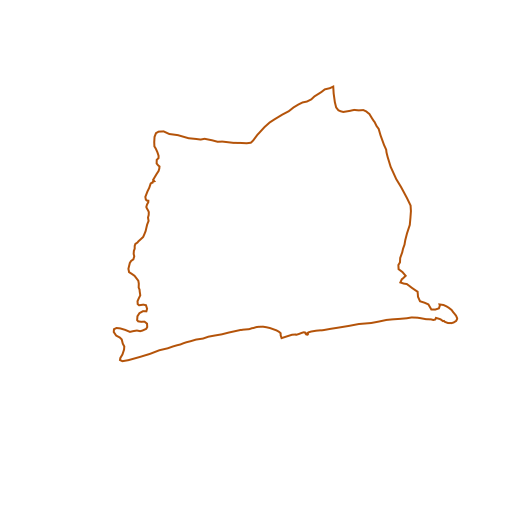 Garraway, Grand Kru, Liberia (Natural Earth projection), rotated 330°
{"feature_id": "62588387B63754413826366", "entity_name": "Garraway", "entity_type": "district", "adm_level": 2, "iso_a3": "LBR", "parent_name": "Liberia", "parent_adm1": "Grand Kru", "projection": "natural_earth1", "projection_center": [-7.918, 4.551], "detail": "fine", "context": "isolated", "style": "outline", "palette": "amber", "viewbox_px": 512, "rotation_deg": 330, "n_neighbors": 0, "source": "geoboundaries", "source_scale": "gbopen_adm2", "svg_char_len": 3870}
<svg xmlns="http://www.w3.org/2000/svg" viewBox="0 0 512 512"><g transform="rotate(330 256 256)"><path d="M222.5,116.8L221.7,120.6L220.5,122.5L218.1,123.1L216.2,126.2L216.6,128.7L217.2,130.2L216.0,131.9L214.1,133.7L210.9,135.3L205.0,138.6L205.3,140.4L204.0,140.0L203.0,140.8L202.2,140.4L201.0,140.6L197.6,143.6L194.3,145.8L191.2,148.3L189.7,149.5L188.8,152.1L189.2,153.4L190.4,154.3L189.6,155.6L187.4,156.9L185.5,158.7L185.3,160.2L185.3,162.8L185.1,164.4L183.6,166.8L181.7,168.7L180.5,171.9L177.5,174.3L175.7,176.2L172.9,179.2L170.1,181.4L167.8,183.1L163.4,184.1L161.5,184.5L160.0,185.1L157.6,185.2L156.0,186.6L154.6,189.0L152.8,190.5L151.1,193.0L150.4,195.4L148.1,197.6L145.5,197.8L143.3,198.9L140.9,201.4L139.1,203.3L138.0,206.5L139.5,209.4L140.9,212.4L141.3,215.4L141.7,218.6L140.7,221.3L138.6,224.7L138.3,227.0L137.7,228.2L136.1,232.2L133.4,234.0L130.8,235.9L129.5,238.5L130.1,240.2L134.1,241.8L136.1,243.6L135.3,247.2L133.4,249.1L130.6,247.3L126.5,247.2L123.2,248.9L121.0,252.1L121.3,253.7L123.7,255.6L126.6,257.1L127.8,260.1L126.3,263.1L124.5,264.2L120.4,263.8L118.1,263.2L115.6,261.0L112.2,259.7L108.9,258.7L105.7,254.5L102.2,250.8L99.2,248.6L96.4,248.4L94.8,250.7L95.1,255.0L97.3,258.5L98.0,261.1L96.8,265.3L96.7,268.5L94.9,271.1L91.1,274.5L87.5,276.5L86.2,278.1L87.7,280.3L93.4,282.4L104.7,285.3L115.5,287.8L125.2,289.3L133.4,291.8L138.8,292.8L142.9,293.8L146.2,294.8L149.0,295.2L149.7,295.3L152.6,295.9L156.8,297.1L162.3,298.4L168.8,301.0L174.5,302.1L180.4,304.2L187.1,306.7L194.2,308.7L204.6,312.0L205.4,312.2L206.7,312.9L207.9,313.3L211.5,315.0L213.4,315.9L214.7,316.2L216.4,316.5L217.8,317.1L219.7,317.5L220.9,317.8L223.0,318.7L225.2,319.9L226.7,320.7L229.4,322.9L232.1,325.4L234.3,328.0L236.5,330.6L237.9,332.9L238.4,334.2L238.7,335.2L237.7,337.0L237.1,339.9L242.3,341.0L247.8,342.2L251.1,343.8L251.3,344.3L252.1,344.5L254.2,345.0L256.9,345.4L259.1,345.9L260.2,346.7L260.1,348.1L260.3,349.1L261.3,349.9L262.0,349.6L262.1,348.4L263.4,348.4L266.0,349.0L270.8,350.8L274.7,352.6L275.9,353.3L277.6,354.0L284.0,356.3L290.7,358.9L301.8,363.1L311.0,366.3L322.2,371.6L329.6,374.2L337.0,376.6L342.7,379.2L349.0,382.3L355.4,385.3L360.0,387.0L364.9,390.1L367.4,392.1L371.6,395.7L375.9,398.4L377.6,400.1L379.4,400.6L379.9,400.4L380.9,399.6L382.9,401.7L383.9,402.8L384.3,403.4L385.3,405.8L386.3,406.2L386.6,407.4L387.8,408.9L388.7,410.0L391.8,411.9L393.9,412.4L396.9,412.3L398.8,411.0L399.1,410.4L399.4,407.7L398.9,404.4L398.7,403.5L398.4,400.5L397.0,397.1L395.8,394.9L393.9,392.2L390.7,389.7L390.4,390.9L388.2,392.8L384.4,392.0L381.1,390.0L381.1,384.1L378.6,380.7L375.4,377.2L375.9,372.3L376.6,370.9L378.1,367.7L377.4,366.4L375.1,361.6L372.6,355.7L370.2,353.8L367.8,351.1L370.7,349.0L371.5,349.0L375.7,348.0L374.8,343.1L374.4,342.2L372.9,338.7L374.8,335.0L377.5,333.5L379.9,329.8L383.2,327.0L384.4,326.0L386.9,323.3L390.3,320.4L393.2,316.9L393.6,316.5L398.1,311.9L404.7,306.0L408.8,300.2L412.6,294.6L414.7,290.4L415.1,289.6L415.7,281.4L416.0,272.3L416.1,268.8L415.9,259.4L416.8,250.3L417.2,246.1L419.5,236.1L420.4,232.9L420.9,231.3L421.9,229.0L422.4,223.8L424.2,213.7L425.8,207.2L425.4,203.8L425.7,199.2L425.5,198.1L425.3,194.8L425.2,189.5L424.8,188.8L423.7,185.8L421.9,183.3L417.7,181.2L414.1,178.6L412.0,177.9L410.0,177.3L403.6,174.9L401.7,173.0L400.2,171.0L399.7,167.4L401.2,162.2L404.5,154.1L407.6,147.9L403.9,147.6L398.9,146.1L394.5,146.7L386.4,147.0L382.2,148.0L377.3,147.7L373.1,146.3L368.5,146.0L362.9,146.1L356.8,147.0L349.6,146.7L340.2,146.9L334.6,147.2L327.9,148.6L320.3,151.0L317.9,151.7L311.4,154.5L309.2,155.1L308.1,155.3L304.3,153.7L298.9,150.2L293.1,146.8L287.6,142.7L284.1,140.1L279.9,137.9L276.6,134.6L275.9,133.9L270.1,128.8L266.3,127.5L262.5,124.6L256.5,120.3L248.8,112.3L244.0,108.6L241.9,107.0L238.3,101.9L233.8,99.6L230.8,99.6L227.7,102.1L224.8,106.5L222.8,110.3L222.9,112.8L222.5,116.8Z" fill="none" stroke="#b45309" stroke-width="2"/></g></svg>